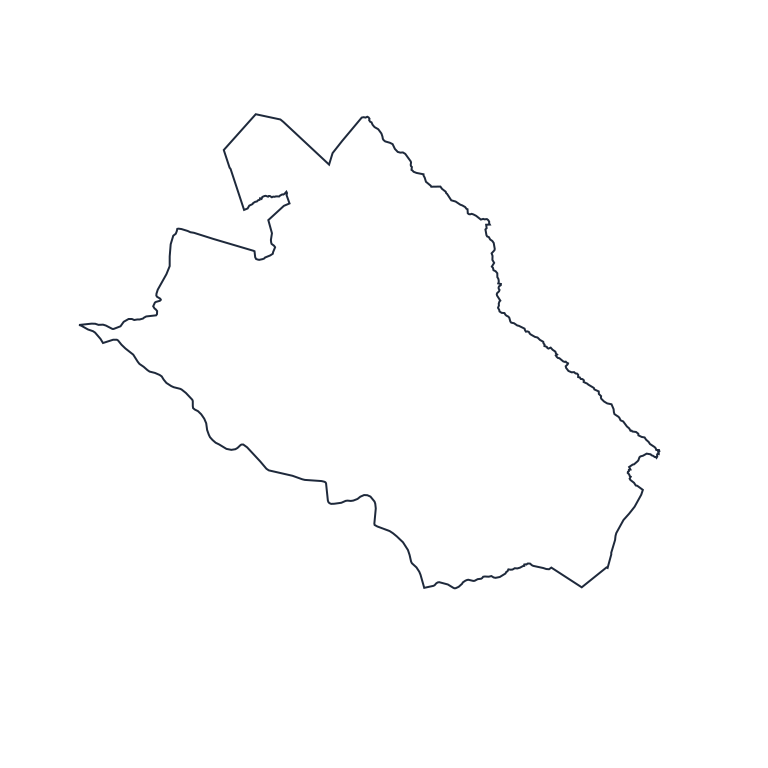 Kipipiri, Central, Kenya, rotated 138°
{"feature_id": "3690345B3299927088893", "entity_name": "Kipipiri", "entity_type": "district", "adm_level": 2, "iso_a3": "KEN", "parent_name": "Kenya", "parent_adm1": "Central", "projection": "robinson", "projection_center": [36.521, -0.423], "detail": "fine", "context": "isolated", "style": "outline", "palette": "slate", "viewbox_px": 768, "rotation_deg": 138, "n_neighbors": 0, "source": "geoboundaries", "source_scale": "gbopen_adm2", "svg_char_len": 6164}
<svg xmlns="http://www.w3.org/2000/svg" viewBox="0 0 768 768"><g transform="rotate(138 384 384)"><path d="M298.8,670.3L346.5,665.1L354.0,648.1L354.1,646.5L371.5,607.0L367.9,605.7L364.8,606.7L361.4,605.7L360.1,606.0L357.9,605.6L356.3,604.7L354.6,604.8L353.2,604.1L351.8,604.9L351.2,603.5L349.2,604.4L347.1,603.7L346.0,603.0L344.8,600.8L343.8,600.8L343.0,600.0L342.4,597.8L341.0,597.4L340.0,596.3L338.7,595.7L336.4,593.5L335.3,593.6L332.8,593.0L332.0,592.1L330.6,591.9L327.9,592.2L328.3,590.8L330.0,589.6L333.4,581.4L339.2,583.4L360.3,583.2L366.4,571.0L371.7,566.7L373.2,564.6L373.8,563.3L373.2,560.4L373.4,558.5L378.2,556.2L379.5,555.2L382.6,555.7L387.8,557.6L388.9,557.4L390.6,558.0L393.7,559.8L394.6,561.0L395.4,562.5L394.9,564.4L391.4,569.3L391.9,570.4L413.7,605.9L424.1,623.6L426.3,626.3L427.5,629.1L430.8,634.6L432.7,636.9L433.8,637.6L435.8,636.2L438.2,635.0L441.4,635.2L449.0,630.6L457.9,622.2L464.4,615.0L472.2,611.2L489.0,605.5L492.6,603.4L494.0,602.1L494.3,600.7L493.2,597.1L493.5,595.9L494.9,595.8L498.5,597.6L499.8,597.8L503.5,596.2L504.0,593.6L503.7,592.3L503.8,590.0L506.0,587.8L507.4,587.5L515.5,593.3L518.0,593.9L519.3,593.9L522.3,595.4L524.1,597.0L526.8,598.7L527.8,600.9L530.3,603.2L535.8,604.4L541.2,603.2L548.0,605.8L549.0,606.7L551.6,613.6L553.1,616.1L556.6,619.0L558.3,622.0L560.9,624.5L571.1,631.9L570.0,630.0L567.5,622.6L564.9,617.9L564.3,615.5L564.5,607.2L565.4,602.5L555.6,598.1L552.9,595.6L552.5,594.3L552.8,588.9L552.4,583.4L550.7,573.6L552.1,565.4L552.3,562.6L551.1,557.6L550.5,552.6L549.9,550.1L546.8,545.5L544.7,540.9L544.1,538.4L544.8,534.7L545.0,530.4L543.5,524.8L542.4,522.3L538.7,516.8L538.1,515.3L537.2,509.9L537.0,500.6L537.5,499.3L540.9,495.5L542.0,493.8L541.7,491.6L540.4,488.3L540.1,483.8L540.8,478.5L542.4,473.8L546.2,468.2L548.1,463.6L548.9,460.9L548.9,457.1L548.4,453.0L547.0,449.5L544.5,441.2L541.5,437.2L538.1,435.0L535.7,434.5L531.5,434.6L530.5,434.4L529.1,433.2L528.1,428.6L527.8,409.2L528.1,399.7L527.4,396.9L513.4,377.0L508.5,367.9L507.0,365.7L495.4,353.7L493.8,351.4L493.3,350.2L493.5,349.0L503.6,335.1L504.3,333.6L504.3,332.0L503.5,330.3L501.1,328.3L495.2,324.3L490.7,322.8L489.2,321.8L486.9,319.3L484.8,317.9L480.6,316.3L477.0,316.1L473.1,314.8L470.8,312.5L469.4,309.4L469.7,303.0L470.6,300.9L473.4,297.0L484.6,286.7L485.3,285.5L484.3,282.6L478.2,270.9L477.2,267.1L476.5,262.5L475.8,253.7L477.3,244.6L479.4,239.8L482.7,233.9L483.2,232.1L482.6,226.0L483.4,220.9L484.5,217.8L490.5,205.6L482.3,200.9L481.0,200.6L478.5,200.9L476.9,200.6L475.6,199.8L470.7,192.3L468.9,186.3L468.4,185.1L467.4,184.3L464.2,183.3L459.6,183.3L458.2,183.8L455.2,183.4L453.7,182.9L452.4,182.2L449.4,177.9L448.3,177.1L445.0,176.3L442.1,174.3L440.9,174.1L439.3,174.4L437.9,173.5L435.1,170.7L432.7,169.4L432.0,166.9L430.8,165.3L427.1,163.1L420.6,161.9L418.9,162.5L417.6,162.2L415.6,163.0L414.2,161.3L412.6,160.1L410.1,159.6L408.3,157.7L405.8,156.5L402.5,155.7L401.5,155.0L400.6,156.0L399.7,155.5L398.9,154.5L397.5,154.5L396.5,153.7L395.6,152.7L395.4,150.5L394.8,149.0L388.8,140.7L387.2,137.9L385.3,135.9L382.5,135.6L373.1,100.6L341.3,98.8L340.9,97.7L329.1,105.3L328.1,106.5L316.6,113.5L313.6,116.2L311.1,117.8L297.0,122.7L288.7,123.6L279.9,125.1L266.9,129.6L262.5,132.1L263.9,138.9L264.8,140.1L264.3,143.3L265.1,147.8L264.8,149.3L262.7,150.0L263.0,151.1L262.3,152.8L262.4,154.8L261.5,155.5L260.5,155.3L259.5,156.3L258.1,155.5L257.4,158.3L253.1,157.7L251.9,157.0L247.1,156.9L246.0,157.1L243.2,158.6L241.9,158.6L239.5,157.4L235.4,156.5L232.9,153.3L232.9,152.0L232.2,150.9L231.6,148.5L230.8,147.9L230.9,146.8L229.5,147.2L228.4,148.7L227.3,149.1L226.7,148.1L225.9,148.9L225.4,150.4L224.3,149.9L223.8,150.9L225.8,152.8L225.1,154.4L225.1,156.1L226.5,161.5L226.1,163.8L226.5,167.3L226.1,169.9L227.9,172.2L229.3,175.6L228.3,176.9L228.8,179.7L231.2,182.5L231.2,183.7L232.1,184.3L231.5,186.9L231.9,189.9L231.3,196.1L232.5,198.7L231.7,201.4L231.7,202.8L232.9,207.3L232.1,209.1L230.2,211.7L228.5,216.7L231.1,220.2L232.2,223.8L232.4,227.7L231.9,228.8L230.8,229.7L231.0,232.8L229.4,234.8L231.3,239.2L230.7,240.7L232.6,246.9L232.7,248.2L234.3,251.9L233.0,253.0L233.2,254.8L234.4,256.1L234.1,257.9L235.1,259.2L233.5,261.0L233.6,262.6L234.6,263.7L234.8,265.6L236.8,267.2L238.2,270.3L237.9,274.1L237.1,275.6L234.4,275.7L233.4,276.2L234.0,277.8L234.0,279.0L235.0,279.6L235.7,280.9L236.4,285.8L237.3,286.9L237.5,288.6L237.2,290.3L235.7,290.0L235.8,291.6L235.0,293.4L235.8,296.7L235.8,299.5L238.1,300.3L238.5,301.3L238.2,302.7L239.4,304.9L238.3,305.9L238.3,307.4L237.4,308.8L238.6,312.4L238.8,315.8L240.3,318.0L241.8,322.6L242.0,324.0L241.5,325.4L241.8,326.4L242.4,327.3L243.5,327.9L243.3,329.4L242.5,331.1L244.9,337.1L245.8,338.3L246.7,342.1L248.4,344.5L248.3,345.9L246.6,349.3L246.5,350.8L247.3,352.9L247.4,354.5L247.0,356.1L249.0,358.2L249.6,360.6L248.8,362.0L248.3,364.3L246.0,365.5L245.0,366.9L242.9,368.1L241.8,368.1L240.8,374.1L240.2,375.2L239.2,375.8L236.5,375.9L235.2,376.6L235.0,378.1L234.3,379.0L233.2,379.6L231.1,379.3L230.2,380.1L231.8,382.3L230.4,383.1L229.4,384.3L228.6,385.8L228.3,387.5L225.7,390.5L225.6,393.1L226.5,395.3L225.3,397.4L225.3,399.1L221.1,400.3L220.4,403.7L217.6,406.6L216.6,409.1L212.4,409.5L211.3,410.3L208.1,415.4L207.8,417.8L208.4,420.3L207.8,423.0L208.6,424.6L208.3,426.0L205.2,431.0L203.5,431.1L201.5,434.0L198.7,431.7L198.4,433.0L197.2,434.3L196.9,436.2L197.2,437.7L199.2,439.2L199.8,440.3L202.0,441.4L203.0,447.3L204.1,450.2L205.0,451.8L206.5,452.5L207.3,453.5L207.5,454.8L205.0,458.0L205.5,459.0L205.3,461.2L206.3,464.3L207.3,466.2L208.7,471.7L211.1,475.5L209.9,483.1L210.1,484.2L209.5,485.6L210.3,490.1L210.0,493.0L216.9,499.0L216.6,500.0L217.5,506.2L215.7,510.1L215.1,512.5L214.3,513.4L218.6,519.1L220.0,521.9L220.0,523.5L220.3,524.7L218.1,526.6L218.1,528.0L217.5,529.0L215.7,530.5L215.2,531.5L214.2,540.8L215.0,543.4L217.1,545.1L218.5,547.3L218.6,551.4L217.1,556.5L218.2,559.3L220.8,563.5L221.1,565.6L220.8,567.0L219.6,568.9L218.3,571.9L217.8,577.2L219.1,581.2L219.1,582.6L219.0,584.4L218.2,586.8L218.8,588.2L218.5,590.0L217.3,590.8L217.1,592.5L217.6,593.8L219.4,594.3L220.6,595.9L222.3,596.9L252.6,592.6L267.7,590.0L278.0,583.8L283.4,646.0L284.0,649.9L298.8,670.3Z" fill="none" stroke="#1e293b" stroke-width="2"/></g></svg>